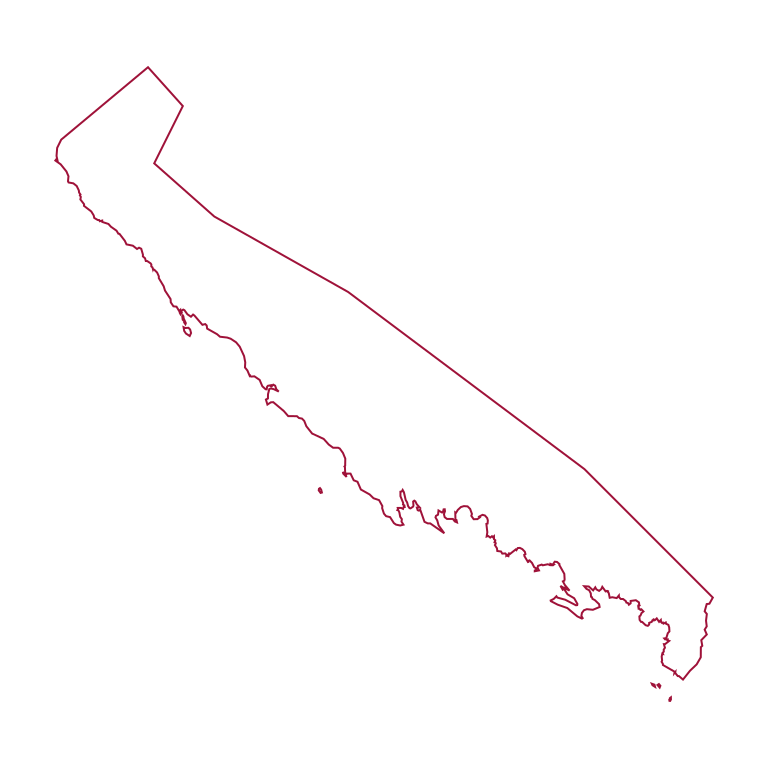 the district of Marigne-Kokota, Isabel, Solomon Islands, rotated 181°
{"feature_id": "97153195B92946274587204", "entity_name": "Marigne-Kokota", "entity_type": "district", "adm_level": 2, "iso_a3": "SLB", "parent_name": "Solomon Islands", "parent_adm1": "Isabel", "projection": "equal_earth", "projection_center": [159.347, -8.097], "detail": "fine", "context": "isolated", "style": "outline", "palette": "rose", "viewbox_px": 768, "rotation_deg": 181, "n_neighbors": 0, "source": "geoboundaries", "source_scale": "gbopen_adm2", "svg_char_len": 6105}
<svg xmlns="http://www.w3.org/2000/svg" viewBox="0 0 768 768"><g transform="rotate(181 384 384)"><path d="M625.5,696.6L711.0,622.7L714.9,614.4L715.4,606.3L714.3,601.6L715.7,602.8L716.5,601.7L711.1,598.0L705.2,590.9L703.1,586.2L703.5,581.2L702.9,580.0L698.1,579.2L694.7,576.6L692.5,572.2L692.2,570.1L690.8,568.2L691.4,567.4L690.4,565.8L690.8,563.2L687.0,558.5L687.1,556.9L679.7,551.4L677.2,547.5L676.6,545.0L673.1,543.0L671.6,542.9L671.0,541.8L668.6,542.5L668.5,541.1L662.3,539.2L659.8,536.5L654.1,532.6L652.2,529.6L651.1,529.5L645.6,522.6L643.9,519.1L637.5,517.9L633.3,514.7L631.3,516.0L629.1,515.0L627.3,509.2L627.3,507.4L625.1,505.5L624.3,502.8L622.9,502.8L619.4,500.5L618.7,499.4L618.7,497.5L617.5,496.5L617.0,494.7L616.7,495.6L616.7,494.4L615.5,494.1L612.8,491.5L611.0,487.7L611.0,485.9L606.0,477.9L604.6,473.6L598.9,465.2L598.6,461.9L595.9,458.0L592.8,457.7L590.1,453.4L589.3,454.2L589.5,451.7L588.6,450.1L587.4,451.9L588.0,453.9L586.0,454.9L584.8,454.3L581.8,450.3L578.2,447.9L576.1,450.1L574.8,449.2L566.6,440.0L563.8,440.8L562.3,439.4L561.8,436.3L551.8,430.9L548.8,428.4L541.6,427.7L538.1,426.6L532.6,423.1L528.9,418.8L524.4,409.5L523.1,403.2L523.3,398.1L520.8,395.1L518.6,390.2L518.1,391.2L518.1,389.8L517.0,389.1L513.7,389.4L508.4,385.9L505.6,379.6L502.3,376.7L501.2,376.6L500.8,379.3L500.0,380.2L497.0,380.8L497.1,379.9L496.3,379.7L494.7,381.4L492.8,380.4L491.5,376.8L489.1,374.6L494.1,376.9L497.1,377.6L498.6,376.9L499.8,371.8L499.8,367.5L501.8,366.4L500.2,361.4L496.8,363.7L494.4,363.9L483.7,355.2L479.2,350.2L470.5,350.3L468.4,348.5L465.4,348.0L463.1,345.7L460.9,340.4L455.0,333.2L443.3,328.0L438.2,322.5L433.8,319.4L428.8,319.5L427.1,318.7L423.8,314.3L421.4,308.7L421.4,301.7L422.1,300.8L421.6,300.2L421.2,293.0L421.9,292.8L423.6,295.4L423.2,293.7L419.8,290.4L420.8,292.5L420.0,293.1L420.2,293.8L415.9,293.8L412.6,287.2L408.8,285.8L405.3,278.1L396.4,273.3L392.5,269.6L386.9,267.8L383.5,261.9L383.7,259.9L381.8,254.4L379.6,251.9L375.6,251.0L371.7,245.1L369.5,243.6L365.3,242.8L362.1,243.7L364.1,246.7L363.8,249.2L365.5,251.5L366.4,255.9L367.4,257.9L368.4,258.2L367.8,259.2L368.1,260.3L364.8,260.4L362.8,259.5L362.2,261.4L361.2,261.4L361.5,263.0L362.9,263.8L362.7,265.3L365.6,272.1L365.7,276.6L364.3,276.9L363.5,278.4L362.2,276.1L360.3,268.4L358.8,266.0L357.8,262.4L356.3,260.3L355.3,260.1L352.9,261.8L352.4,262.8L352.8,267.0L351.7,267.9L350.6,267.2L349.1,264.3L346.2,261.2L349.0,261.0L348.1,258.4L346.9,258.0L345.6,259.0L341.1,246.9L337.8,245.4L335.3,245.4L321.1,235.8L326.9,243.5L328.4,248.6L330.2,251.5L329.7,253.1L327.7,254.3L327.3,258.5L323.7,256.5L322.7,257.5L322.2,259.7L321.1,259.8L320.8,257.9L321.8,254.9L321.0,251.9L318.7,250.2L312.8,250.3L310.8,247.8L308.6,246.9L309.2,249.3L310.2,249.5L310.5,256.7L309.9,256.2L308.0,259.4L305.0,262.3L302.0,263.3L298.3,263.1L295.7,260.6L293.8,255.6L294.4,253.7L292.0,250.4L288.3,250.5L285.8,252.4L286.5,253.1L283.2,254.9L280.8,254.3L278.5,251.8L277.8,249.4L278.0,246.3L279.2,245.9L278.1,237.6L278.7,233.3L277.2,233.9L275.1,232.3L273.4,233.7L272.5,232.7L271.4,233.7L271.3,230.8L270.0,229.7L270.7,227.7L269.8,227.5L269.5,226.4L270.3,224.9L268.2,221.7L267.8,219.0L264.1,218.6L262.8,216.5L259.7,216.7L258.7,215.6L258.7,214.4L257.3,215.4L257.2,214.2L256.6,214.0L255.9,216.8L255.0,216.3L249.4,220.9L248.7,220.2L247.4,222.3L245.3,222.5L242.8,221.3L240.3,218.8L239.6,216.4L240.5,215.7L240.9,216.5L240.6,214.4L236.5,207.8L236.8,209.6L235.4,210.2L232.9,207.7L230.6,203.4L228.6,202.3L228.6,200.7L230.0,200.2L230.0,199.4L225.8,200.3L227.3,203.0L226.8,204.9L223.1,206.2L222.1,205.5L217.2,206.6L214.6,205.9L214.5,207.1L213.7,206.8L214.2,205.8L211.9,205.7L211.3,206.2L213.1,206.4L212.0,206.5L210.2,209.3L207.9,209.1L205.4,207.0L205.6,206.2L200.4,197.3L200.0,191.8L200.3,190.5L201.7,189.8L199.7,186.2L194.9,180.7L198.9,182.6L199.9,181.5L196.8,176.9L190.1,173.1L186.8,167.5L187.0,166.3L188.2,166.1L199.1,171.5L207.0,173.5L207.9,174.8L210.5,172.1L213.6,170.5L213.4,169.8L206.5,166.4L196.8,163.2L186.6,155.0L182.0,152.9L181.3,153.4L182.6,155.5L182.1,158.6L180.1,161.3L177.2,162.4L171.2,161.9L164.5,164.8L165.1,167.6L169.4,171.6L171.8,172.8L172.4,174.5L173.3,174.9L173.6,178.3L175.3,181.4L178.0,182.7L180.3,185.3L175.7,185.1L171.3,181.3L169.2,184.4L168.1,182.4L165.3,180.9L163.2,182.7L162.2,185.0L158.8,180.5L157.6,181.0L156.9,180.3L156.2,181.5L156.4,179.8L155.6,178.8L154.6,174.2L152.1,174.8L147.6,174.0L145.5,176.6L145.4,175.1L143.6,173.2L141.2,173.2L138.4,171.1L137.9,169.7L136.2,169.2L135.3,167.6L133.6,169.0L133.6,171.4L128.4,172.2L125.3,170.1L124.9,167.7L125.5,167.3L124.8,166.9L125.9,165.9L125.5,163.8L124.8,164.0L123.7,162.6L122.7,163.2L120.6,161.1L122.5,159.5L123.5,157.0L124.6,156.1L124.3,152.6L122.8,150.6L121.7,150.6L118.2,147.4L116.0,146.8L114.7,148.1L114.7,149.8L112.2,150.8L111.4,152.5L110.3,152.3L110.2,153.3L108.8,152.8L107.2,154.4L104.8,151.0L103.1,152.9L102.8,150.8L101.9,150.0L101.0,150.4L100.4,149.3L98.1,150.5L97.8,149.2L95.5,148.2L94.6,145.6L94.3,141.6L95.9,139.8L97.3,134.9L99.3,134.5L98.5,133.6L95.9,133.6L96.1,132.7L94.4,132.1L98.5,128.8L99.6,128.8L98.5,125.2L99.7,123.3L99.6,121.3L100.8,120.0L100.3,118.8L101.1,118.9L101.6,116.4L101.1,112.3L101.6,111.1L100.3,109.1L100.2,107.9L88.4,101.4L88.6,100.0L87.7,101.1L87.8,100.2L85.2,97.1L84.0,97.1L79.9,93.7L73.0,102.7L66.5,109.1L62.5,116.3L62.6,126.4L61.2,127.8L62.3,133.4L56.9,139.2L59.1,144.0L57.1,147.3L57.9,153.0L57.2,159.7L59.4,162.3L57.5,169.6L54.8,170.0L51.5,176.2L182.1,302.4L421.5,475.4L556.6,548.5L617.6,600.6L590.0,658.4L625.5,696.6ZM585.4,437.3L584.7,433.6L582.9,431.0L579.1,428.6L577.8,431.6L578.8,435.1L580.5,436.8L583.7,436.5L585.4,437.3ZM447.4,276.5L445.5,274.0L444.2,274.4L445.0,277.3L446.2,278.8L447.2,278.1L447.4,276.5ZM586.9,448.3L586.4,444.8L584.7,443.1L584.9,442.1L583.6,440.3L583.2,441.4L585.4,446.0L585.8,448.2L586.4,449.1L586.9,448.3ZM204.0,185.2L201.7,181.4L199.3,183.2L198.6,182.8L199.1,183.5L201.1,183.5L204.0,185.2ZM105.3,87.8L103.1,85.3L102.4,87.1L103.9,88.8L105.3,87.8ZM111.0,89.0L110.3,87.5L107.7,85.9L108.3,88.1L111.0,89.0ZM92.7,74.9L93.1,72.2L92.7,71.4L93.0,72.4L92.3,72.2L91.6,73.6L91.7,75.7L92.7,74.9Z" fill="none" stroke="#9f1239" stroke-width="2"/></g></svg>